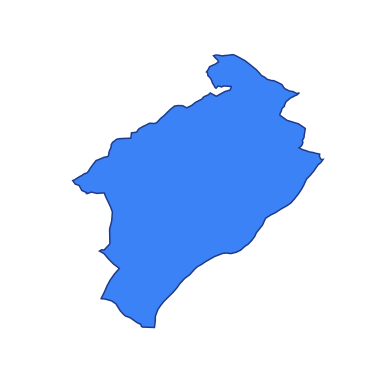 Ezinihitte, Imo, Nigeria, rotated 15°
{"feature_id": "59680162B50771081897552", "entity_name": "Ezinihitte", "entity_type": "district", "adm_level": 2, "iso_a3": "NGA", "parent_name": "Nigeria", "parent_adm1": "Imo", "projection": "orthographic", "projection_center": [7.323, 5.469], "detail": "fine", "context": "isolated", "style": "filled", "palette": "blue", "viewbox_px": 384, "rotation_deg": 15, "n_neighbors": 0, "source": "geoboundaries", "source_scale": "gbopen_adm2", "svg_char_len": 3750}
<svg xmlns="http://www.w3.org/2000/svg" viewBox="0 0 384 384"><g transform="rotate(15 192 192)"><path d="M310.2,126.6L308.8,127.2L307.6,126.5L306.5,125.4L305.9,124.7L305.5,122.3L301.0,122.6L298.5,122.5L295.3,122.9L290.3,122.5L287.9,122.5L283.9,121.6L285.8,119.0L286.2,117.6L286.3,115.5L285.6,114.2L285.3,113.4L286.1,110.3L285.8,108.9L285.6,107.7L285.5,105.8L285.0,101.3L277.3,98.6L265.2,98.2L256.9,95.0L256.8,94.4L256.9,92.6L257.2,91.7L257.3,90.3L257.3,89.4L257.3,88.4L257.9,86.8L258.9,85.7L259.1,85.2L259.0,84.5L258.8,83.9L258.7,83.8L258.9,83.3L259.1,82.9L259.2,82.5L259.1,82.0L259.4,80.7L259.7,80.2L260.4,79.1L261.4,77.8L262.3,76.3L262.6,75.9L264.8,74.0L266.4,72.5L267.2,71.8L268.0,71.3L268.6,70.5L269.3,69.5L269.4,69.3L269.5,69.2L270.1,68.4L267.8,69.7L264.9,69.2L264.3,68.9L263.5,68.8L262.4,69.0L260.4,69.2L259.7,69.2L255.0,68.2L253.1,66.9L251.1,65.0L247.2,64.1L242.3,63.3L239.5,63.8L235.1,63.6L232.8,62.4L229.0,61.5L225.6,59.2L222.6,57.3L214.8,53.8L209.1,51.4L205.4,50.5L201.3,49.5L197.3,48.7L195.2,48.9L192.3,50.3L187.7,51.9L186.1,52.7L183.2,52.9L181.3,53.1L179.4,53.6L177.5,54.8L178.9,55.8L180.5,56.8L182.3,57.6L184.0,59.4L182.6,61.0L181.2,62.7L180.0,63.6L178.3,64.9L176.5,66.6L176.1,69.0L175.5,70.9L174.9,72.3L175.9,72.5L176.9,74.6L177.4,75.6L177.9,75.9L178.8,76.3L180.6,77.5L182.7,80.0L183.4,81.3L185.5,83.2L187.3,85.2L188.4,85.5L189.0,84.3L189.9,82.8L191.9,82.8L193.4,82.9L194.5,81.9L195.9,81.2L197.4,80.9L199.0,80.6L200.7,80.3L201.0,80.3L202.6,79.9L202.7,81.1L202.4,83.6L197.6,86.6L190.7,93.2L185.8,92.1L184.1,91.6L182.7,93.8L180.7,95.5L179.5,96.3L178.3,97.7L177.8,99.4L172.2,104.5L169.3,108.4L165.1,112.1L160.8,111.1L159.9,111.2L155.8,112.2L152.8,113.6L149.6,118.0L147.6,121.4L146.1,123.9L145.2,125.5L143.5,127.9L142.6,129.1L141.7,131.0L141.1,132.0L140.2,133.8L139.1,134.9L137.0,135.9L135.5,136.0L133.7,136.5L133.0,136.7L130.1,139.4L128.0,141.1L126.1,143.0L124.7,144.3L123.6,146.4L123.3,147.8L122.9,148.6L118.2,150.5L119.0,155.7L117.5,156.3L115.7,156.9L114.2,157.3L111.4,158.2L108.4,159.2L105.9,160.3L105.1,161.1L104.3,162.4L103.0,163.8L102.3,165.0L101.9,166.7L101.8,167.5L102.1,169.2L102.1,171.3L101.7,172.8L101.6,174.2L101.5,175.4L101.9,176.7L101.7,179.3L101.1,179.8L99.2,180.7L97.8,181.4L96.8,182.3L95.5,183.2L93.4,184.9L91.2,186.4L89.4,190.6L87.9,194.5L86.8,197.9L86.0,200.2L85.3,201.1L83.9,201.7L82.2,203.3L81.6,204.3L79.8,205.9L77.7,208.1L76.1,209.8L75.5,210.6L73.8,211.8L77.2,214.6L79.0,214.7L81.2,214.9L82.5,216.2L85.1,219.0L87.8,219.5L90.3,219.8L90.4,220.8L91.6,220.5L93.5,219.0L95.0,218.1L100.5,218.0L104.1,216.7L107.5,215.6L109.4,218.3L117.1,227.4L120.2,231.8L121.2,236.8L121.9,240.8L122.0,249.2L126.1,263.3L122.1,270.8L119.6,271.2L117.9,273.0L123.2,274.4L128.5,278.2L134.9,281.9L141.6,284.6L138.9,290.1L138.2,291.5L136.9,295.1L135.6,298.7L134.2,304.8L133.3,311.0L131.8,318.5L133.3,318.4L134.6,318.0L138.2,317.9L142.7,318.0L145.5,319.1L147.1,319.4L151.6,323.6L153.7,325.5L157.7,328.0L159.8,329.0L164.6,329.4L167.2,330.3L172.5,332.3L175.7,333.0L176.0,332.8L177.2,333.3L177.6,334.6L179.0,335.3L190.8,332.6L190.4,329.5L189.8,325.5L188.8,321.6L189.0,319.2L189.4,314.5L191.1,309.6L193.3,304.7L197.8,297.0L200.0,293.2L202.3,288.3L203.9,283.9L205.5,280.8L207.3,277.4L211.2,272.5L214.5,265.9L216.7,262.6L220.0,259.4L222.8,256.1L226.1,252.8L230.5,248.5L235.3,245.0L237.1,243.6L241.0,242.0L245.3,241.5L250.3,238.8L254.1,235.5L256.9,231.1L259.7,227.9L262.4,223.0L264.1,218.6L264.7,214.8L266.4,210.9L267.2,209.0L268.7,205.5L269.8,198.6L269.8,198.4L274.3,193.5L278.1,190.2L282.0,185.8L287.5,180.4L290.3,177.1L292.3,173.1L292.5,172.8L295.3,166.2L295.7,164.9L297.0,161.3L298.1,156.9L298.6,153.9L299.3,149.8L302.1,144.9L302.2,144.6L304.3,140.0L306.6,133.4L308.8,130.2L310.2,126.6Z" fill="#3b82f6" stroke="#1e3a8a" stroke-width="1.5"/></g></svg>